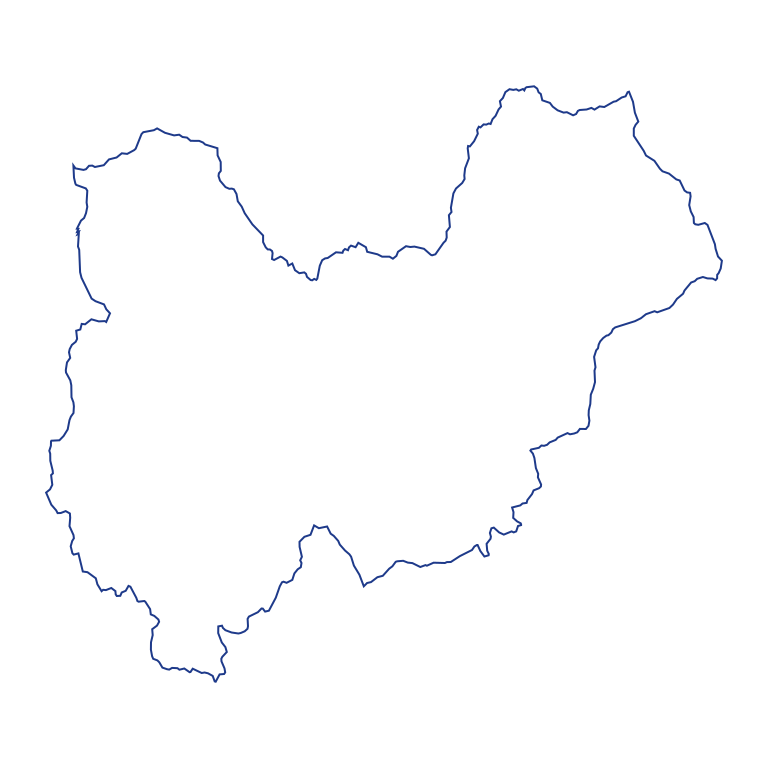 Cajabamba, Cajamarca, Peru
{"feature_id": "86281439B2923505587581", "entity_name": "Cajabamba", "entity_type": "district", "adm_level": 2, "iso_a3": "PER", "parent_name": "Peru", "parent_adm1": "Cajamarca", "projection": "equal_earth", "projection_center": [-78.074, -7.554], "detail": "fine", "context": "isolated", "style": "outline", "palette": "blue", "viewbox_px": 768, "rotation_deg": 0, "n_neighbors": 0, "source": "geoboundaries", "source_scale": "gbopen_adm2", "svg_char_len": 6010}
<svg xmlns="http://www.w3.org/2000/svg" viewBox="0 0 768 768"><path d="M629.0,91.7L627.6,92.2L625.6,96.3L621.7,97.5L616.1,101.2L613.6,101.7L604.3,107.0L599.6,106.4L594.5,109.6L591.4,107.9L586.6,109.5L579.7,110.0L577.9,110.9L576.1,114.0L573.1,115.3L566.9,112.2L563.6,112.6L557.6,110.3L552.7,106.6L549.9,102.9L542.3,100.3L540.8,94.0L538.6,92.3L537.2,88.6L534.1,86.3L526.6,87.2L525.4,88.0L524.3,90.4L523.0,89.0L518.8,90.7L516.3,89.3L513.3,89.9L509.5,89.2L505.4,92.1L502.9,98.0L499.9,101.2L501.0,106.6L498.6,109.4L495.6,115.8L492.5,119.2L490.6,124.0L488.8,123.5L486.3,124.6L483.6,124.4L480.5,127.4L478.8,126.7L477.1,130.0L477.8,133.7L474.1,141.2L469.9,146.4L468.1,146.0L467.7,148.3L468.9,158.3L465.1,168.3L464.3,175.4L464.6,179.0L462.2,183.0L456.0,188.5L453.4,193.4L450.9,207.8L451.5,212.0L448.9,215.2L449.9,227.0L446.5,231.6L446.7,237.6L445.6,240.7L443.5,242.8L435.4,254.3L432.1,255.3L430.8,254.8L424.0,248.8L414.4,246.6L410.3,247.0L406.0,246.2L398.0,251.8L396.4,255.9L392.9,258.7L389.5,256.7L382.2,256.7L377.5,254.3L367.2,251.8L365.9,247.2L358.3,242.8L355.6,247.2L351.0,245.6L349.0,247.4L348.0,250.2L345.0,249.0L343.3,250.6L342.5,252.8L336.0,252.3L327.7,258.0L325.1,258.4L322.2,260.2L319.8,265.7L317.3,278.6L316.3,279.9L314.2,278.9L312.2,280.3L310.6,280.0L307.0,276.9L306.0,273.8L304.3,272.4L299.3,273.2L295.0,270.2L292.3,263.5L288.4,265.6L286.9,260.9L282.3,257.4L280.5,256.6L274.1,260.0L272.0,259.0L272.6,253.1L272.0,251.0L270.0,249.5L267.7,249.4L265.7,247.3L263.1,242.1L263.1,235.5L252.4,224.4L244.7,213.2L241.7,206.6L237.8,201.3L236.5,194.0L233.9,189.3L231.8,188.6L229.3,188.8L225.5,187.1L220.0,180.6L218.5,176.0L218.9,173.3L220.8,170.9L220.7,162.0L217.6,155.4L217.4,148.2L205.2,144.5L203.0,142.5L199.2,140.9L190.6,140.8L187.0,137.6L182.5,137.0L179.2,134.7L174.1,135.4L165.0,132.8L157.1,128.4L153.9,130.2L143.3,132.2L141.5,134.1L135.7,148.7L134.2,150.1L127.2,153.9L121.8,153.3L116.6,157.5L109.0,159.4L103.8,165.2L94.9,167.0L92.3,165.6L89.0,165.8L86.0,169.2L83.5,169.9L75.5,168.4L73.4,165.5L74.0,177.7L75.4,183.7L76.2,184.9L85.8,188.4L87.3,190.7L86.6,202.5L87.3,206.8L86.0,213.2L84.1,218.0L81.0,220.6L76.9,228.7L78.4,228.8L77.1,231.9L79.0,231.4L77.6,234.3L78.8,233.7L78.0,246.5L79.2,249.8L80.1,272.2L81.5,277.8L91.6,298.6L95.5,301.2L104.0,304.4L106.3,309.3L110.0,313.3L106.2,322.0L104.9,321.1L98.8,321.4L91.4,319.3L85.1,324.3L81.7,323.9L80.3,329.5L76.2,330.7L77.1,338.9L75.7,341.8L71.9,344.9L69.7,349.1L69.0,352.3L70.2,357.9L67.0,362.4L65.8,370.1L66.0,372.5L70.3,380.4L71.3,385.3L71.5,397.3L73.4,402.3L73.9,406.3L73.5,413.0L70.9,416.6L69.5,420.1L67.7,429.4L63.6,436.0L59.4,440.3L51.4,440.7L51.0,441.4L50.9,445.8L49.3,450.8L50.2,453.6L50.3,460.8L52.7,470.7L52.9,473.4L51.1,475.1L52.3,484.8L50.0,489.4L46.1,492.6L51.3,504.7L56.2,510.4L57.6,513.1L60.8,513.0L65.7,511.1L69.9,513.5L70.2,517.8L69.5,526.2L73.5,535.1L73.9,538.3L72.2,541.0L70.7,546.3L72.4,553.2L73.7,554.6L78.4,553.4L82.8,571.5L87.5,572.2L95.8,578.3L97.4,584.3L101.6,591.2L103.1,589.8L105.9,590.1L111.3,588.0L115.4,591.1L115.7,594.4L116.8,596.0L120.3,595.8L121.7,592.5L125.7,590.8L128.5,585.9L130.4,586.7L136.3,597.8L137.4,601.0L138.6,601.7L144.3,601.0L145.3,601.7L150.1,609.1L150.8,614.4L154.3,615.9L158.4,619.5L159.1,621.8L157.0,625.6L152.2,629.2L152.7,635.1L151.0,642.3L150.9,649.7L152.1,656.2L153.2,658.8L157.4,660.4L159.3,662.3L162.4,667.6L167.0,669.2L169.2,669.6L172.1,667.9L177.5,668.2L179.4,669.7L184.3,668.5L189.6,672.2L190.5,672.0L192.7,668.7L201.7,673.0L204.6,672.5L208.0,673.3L212.7,675.9L214.7,681.4L215.7,681.7L219.6,674.4L224.1,674.0L225.2,672.4L224.5,668.4L221.5,661.4L221.3,658.8L222.3,656.8L226.8,652.0L225.4,647.1L221.8,642.5L218.2,633.1L218.3,626.4L222.0,625.7L222.9,627.9L225.4,630.2L231.6,632.5L238.4,633.5L240.7,633.0L244.7,631.3L247.5,628.8L248.0,626.2L247.6,618.9L248.9,616.6L257.9,612.2L261.5,608.5L262.8,608.6L265.1,611.6L268.9,610.7L275.8,597.7L279.8,586.3L282.0,582.3L283.5,581.7L286.6,582.8L292.3,579.9L294.4,573.4L297.7,569.3L300.8,567.2L301.5,563.0L300.2,560.3L301.9,556.8L299.6,546.9L299.5,541.8L304.4,536.8L310.5,534.8L314.1,525.4L318.9,528.2L327.1,526.5L330.7,533.7L333.8,535.9L338.2,540.9L339.8,544.6L345.0,550.5L349.4,554.3L351.1,556.7L353.9,565.6L359.4,574.7L363.8,586.3L367.1,583.0L371.0,582.1L377.4,577.2L382.8,575.8L389.2,568.7L392.4,566.3L395.7,561.8L397.2,561.3L403.2,560.8L407.8,562.6L412.4,563.1L420.3,567.0L425.5,565.1L426.9,565.7L433.6,562.7L444.9,563.0L446.9,562.1L450.8,562.0L459.9,556.1L472.0,550.0L474.4,546.5L476.9,545.0L477.6,545.0L480.4,551.1L484.4,556.5L488.6,555.3L488.8,554.0L487.2,550.7L486.6,543.8L490.5,538.8L490.9,536.6L489.9,533.0L491.4,528.3L493.8,527.6L499.1,532.4L503.8,534.6L511.6,531.4L513.7,532.4L516.2,531.4L518.0,526.0L521.1,525.1L521.1,524.3L520.7,523.3L517.1,521.4L513.2,517.9L513.5,512.1L512.1,507.5L520.3,505.4L522.5,503.5L526.6,502.9L527.4,500.0L532.0,494.1L533.6,490.4L539.1,488.2L540.9,486.5L541.1,484.5L537.9,477.3L538.2,473.8L535.9,468.1L534.4,458.0L532.9,453.6L530.4,450.6L531.1,449.5L538.9,447.8L541.4,445.5L544.1,445.8L547.1,444.8L549.6,442.4L555.7,439.9L557.7,437.6L567.5,433.1L570.0,434.3L574.2,433.5L577.3,432.3L579.9,428.9L585.9,429.0L588.5,425.8L589.4,420.7L588.6,415.1L588.8,410.3L590.3,404.0L590.8,394.7L593.2,388.8L595.0,382.1L594.5,370.6L595.5,367.3L594.1,356.9L596.2,350.3L598.0,348.3L598.7,344.5L600.2,341.4L603.2,338.0L606.5,335.6L608.4,335.2L611.3,332.6L612.9,329.2L615.2,327.4L634.9,321.2L640.8,318.3L646.0,314.2L654.6,311.2L657.2,312.3L669.4,308.0L673.0,304.6L676.9,298.9L683.1,293.7L684.5,290.5L691.1,282.5L694.7,281.2L697.2,278.8L702.9,277.0L707.4,278.4L712.7,278.6L715.6,280.1L717.1,278.4L717.2,274.8L718.6,273.2L720.7,268.5L721.9,260.7L718.0,256.5L715.6,248.8L714.9,244.2L707.5,224.9L704.8,223.0L698.3,224.8L695.3,224.3L693.9,223.0L693.6,217.0L690.8,211.4L689.2,205.1L690.6,196.3L690.1,192.8L687.1,192.4L684.5,190.5L679.7,180.5L676.3,179.4L669.0,173.6L662.5,171.3L659.9,168.7L654.4,160.8L646.0,155.5L643.7,150.8L633.8,135.8L633.8,128.5L635.6,124.8L638.3,121.6L634.9,112.7L633.0,101.8L629.0,91.7Z" fill="none" stroke="#1e3a8a" stroke-width="2"/></svg>